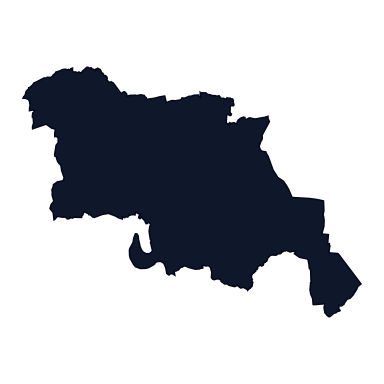 Mueang Nakhon Sawan, Nakhon Sawan, Thailand
{"feature_id": "78962969B39799880183753", "entity_name": "Mueang Nakhon Sawan", "entity_type": "district", "adm_level": 2, "iso_a3": "THA", "parent_name": "Thailand", "parent_adm1": "Nakhon Sawan", "projection": "robinson", "projection_center": [100.093, 15.705], "detail": "fine", "context": "isolated", "style": "filled", "palette": "ink", "viewbox_px": 384, "rotation_deg": 0, "n_neighbors": 0, "source": "geoboundaries", "source_scale": "gbopen_adm2", "svg_char_len": 5879}
<svg xmlns="http://www.w3.org/2000/svg" viewBox="0 0 384 384"><path d="M52.4,76.3L50.4,77.5L47.4,77.2L45.7,78.1L44.1,77.9L35.5,82.4L34.1,82.8L32.5,85.1L31.0,86.3L30.7,87.1L28.7,87.7L28.4,89.1L26.2,91.2L25.0,95.5L23.6,96.8L23.0,98.2L25.5,98.3L28.6,99.5L29.7,102.1L29.7,103.6L30.1,104.6L29.9,106.8L29.6,107.3L29.5,110.7L32.1,110.1L34.9,110.3L34.7,111.1L32.9,112.7L32.4,115.4L32.4,117.2L33.1,117.3L33.6,123.1L32.5,126.5L32.6,128.8L45.5,124.4L46.5,124.4L51.7,128.2L55.3,129.1L54.7,133.7L54.8,136.6L55.7,136.2L56.4,136.8L57.6,136.8L58.1,138.3L58.2,142.5L56.1,145.3L54.6,154.7L55.0,156.3L56.8,157.1L56.6,158.5L57.6,161.4L59.1,163.6L60.2,164.5L61.0,166.0L61.7,170.7L64.1,177.6L63.5,179.9L62.7,180.8L57.4,181.9L53.5,184.6L53.2,186.7L51.9,190.0L52.3,192.2L52.1,194.9L53.7,200.6L53.5,201.6L51.1,204.6L50.0,208.6L53.2,212.5L54.0,219.9L54.7,219.5L57.0,216.7L58.4,216.5L62.4,217.2L65.5,217.1L67.3,218.9L69.1,218.7L70.8,217.7L72.5,218.1L74.4,217.2L81.6,217.5L81.7,216.4L83.0,214.5L84.0,211.5L85.4,212.4L86.5,212.3L86.9,213.2L88.1,213.5L88.6,213.2L88.9,214.7L89.9,214.5L92.7,217.0L94.1,217.5L102.4,214.4L108.5,213.4L115.5,216.0L118.3,217.7L122.2,219.0L122.3,217.1L124.8,217.7L125.4,216.6L127.1,217.1L128.2,216.7L128.3,215.8L128.7,215.1L129.4,215.5L131.0,214.8L134.0,214.6L134.9,215.0L135.6,212.5L136.8,212.2L136.8,212.8L139.7,214.4L139.9,215.0L139.1,215.8L138.6,217.3L139.2,218.3L139.7,218.6L140.5,218.4L140.9,217.3L141.6,216.8L142.5,218.3L145.1,221.1L145.3,222.4L146.1,223.6L147.0,223.7L148.2,222.6L149.3,222.7L150.8,224.8L149.8,226.3L149.1,231.3L150.3,239.4L151.0,240.3L151.0,241.7L150.5,242.2L152.4,250.4L152.2,251.3L151.2,252.4L150.2,253.2L148.8,253.7L146.0,253.7L143.2,252.1L141.7,250.4L140.1,246.7L138.5,239.3L138.1,235.6L136.8,233.8L135.4,233.8L133.7,238.2L133.1,242.4L129.8,248.6L129.4,250.1L129.6,255.6L130.2,258.3L133.8,264.8L135.5,266.7L140.4,268.5L146.2,268.3L148.9,267.4L153.6,264.8L154.9,263.7L154.8,262.9L155.1,262.6L157.3,261.6L160.5,261.3L163.5,263.0L164.8,265.2L165.9,268.3L166.8,273.5L169.0,275.0L170.5,273.7L171.6,273.6L172.6,273.8L174.8,275.2L174.1,271.3L176.7,270.8L177.4,270.1L178.4,270.0L180.5,267.4L182.2,267.1L184.0,266.0L185.8,266.1L188.4,267.4L195.3,269.2L199.6,268.9L200.2,268.4L202.8,268.0L202.8,267.3L202.4,267.1L202.3,265.5L204.6,265.6L205.7,266.0L208.3,265.6L210.4,267.3L211.8,272.4L211.4,277.1L211.6,277.9L212.8,279.3L214.2,279.7L216.9,278.9L219.0,279.0L221.1,280.2L221.1,281.5L224.9,284.1L226.7,283.7L229.1,285.3L234.4,286.6L235.5,286.4L237.1,285.3L240.6,288.0L243.5,287.4L247.5,289.6L247.6,290.3L249.4,288.7L249.4,287.8L250.4,288.1L251.0,286.7L251.3,287.0L252.1,286.2L252.4,284.5L252.2,284.1L252.8,282.4L252.2,282.2L252.0,280.0L252.3,279.5L251.9,279.3L251.9,278.3L251.4,277.7L251.6,275.6L251.3,275.4L251.8,274.4L252.2,274.4L252.4,273.8L254.2,272.6L254.0,272.1L255.1,271.7L255.3,271.0L255.6,271.1L255.7,270.2L256.5,269.4L256.9,269.5L257.8,267.8L257.3,267.0L258.1,266.0L258.7,266.1L259.5,265.1L259.7,265.6L260.6,265.3L261.8,266.1L262.7,265.3L263.3,265.2L263.8,262.8L265.4,262.2L265.7,261.3L266.4,261.4L266.8,261.0L268.1,257.5L269.5,256.4L270.0,255.6L270.7,255.4L270.7,255.0L276.0,255.2L276.3,255.0L276.1,254.8L276.3,254.4L277.2,254.5L277.5,253.9L280.5,253.7L281.7,252.5L281.5,251.4L282.7,251.8L284.5,250.8L285.2,251.0L286.4,250.4L290.2,252.0L292.1,251.4L295.7,251.4L295.5,252.4L294.4,253.7L299.4,257.3L307.4,259.0L308.0,259.6L309.0,264.8L309.2,268.0L310.4,269.7L310.7,270.9L311.0,281.2L311.3,282.5L310.6,282.6L310.0,289.9L310.8,294.3L312.7,298.7L313.1,304.4L313.8,304.7L324.4,303.8L324.6,305.1L324.0,307.4L324.9,312.7L327.5,315.8L329.1,316.8L330.3,316.3L334.2,313.0L335.7,312.9L336.9,311.8L339.8,310.9L340.1,310.3L339.5,310.1L338.9,308.9L338.9,305.4L341.0,306.0L342.5,305.5L342.8,304.7L343.9,304.4L344.3,303.2L347.1,299.2L350.2,298.2L353.6,294.4L354.1,292.6L354.6,292.7L356.7,289.3L357.7,286.6L361.0,283.9L338.5,254.1L337.5,253.5L329.1,252.9L329.1,250.7L329.9,245.7L329.2,245.4L329.4,243.6L327.8,243.7L327.7,243.1L328.4,234.6L321.8,234.0L323.9,226.3L324.1,220.0L323.5,216.1L322.9,216.0L323.9,210.8L323.5,200.9L316.9,199.5L309.6,198.5L292.1,197.5L288.5,189.2L286.3,185.4L283.4,181.2L277.8,177.5L273.0,169.9L268.1,156.3L266.1,153.0L265.8,151.8L262.1,151.3L260.8,150.3L259.7,148.4L259.2,146.1L260.6,141.9L262.0,139.6L262.3,137.8L262.1,135.2L269.4,121.6L268.0,118.6L268.0,116.3L264.8,117.3L255.1,119.0L249.3,117.8L246.1,119.6L245.2,119.3L244.9,117.5L243.4,117.1L241.1,117.9L238.3,119.9L237.1,122.1L236.9,124.2L234.1,122.7L231.0,123.3L229.7,122.7L228.8,123.9L226.8,123.5L226.2,122.4L226.7,115.1L227.6,114.4L230.3,115.6L231.3,114.9L231.4,114.0L230.4,113.0L230.0,112.0L230.2,106.8L230.9,105.6L233.4,105.8L234.0,104.9L233.2,102.0L233.4,100.6L232.5,98.9L230.3,98.7L230.0,98.0L229.4,98.4L227.0,97.8L225.8,99.3L223.4,98.2L221.9,98.7L221.5,98.2L220.2,97.9L220.1,97.0L219.0,95.7L217.1,96.2L214.8,95.6L212.5,95.6L209.4,94.6L207.7,94.5L206.1,93.0L205.1,92.8L200.9,92.8L200.2,92.3L200.7,97.3L199.8,97.0L199.8,96.6L198.7,96.5L198.6,95.0L194.1,95.2L191.1,96.2L189.2,96.2L184.9,98.1L182.0,97.9L181.2,99.5L179.9,100.0L175.7,100.7L171.4,100.6L171.1,101.0L170.3,101.0L166.3,102.6L164.7,96.0L159.0,97.0L155.2,98.1L147.1,99.3L146.4,99.1L146.6,98.6L146.2,97.6L144.6,96.5L144.4,95.5L140.9,94.8L136.4,95.6L135.5,95.2L129.6,95.4L127.0,96.2L126.6,93.8L124.8,91.9L123.6,91.8L121.1,93.6L113.4,83.1L111.1,81.7L109.9,82.7L109.1,82.8L108.8,81.6L107.9,81.3L106.8,79.5L107.3,78.4L106.7,76.7L105.7,75.7L103.5,75.1L103.0,73.4L101.7,72.7L100.3,69.6L98.8,68.8L97.9,69.0L97.7,68.3L96.7,68.8L96.8,69.8L95.5,69.3L95.0,70.5L94.4,70.7L93.7,69.3L92.5,69.2L91.2,67.8L90.8,67.8L90.6,68.5L90.2,68.6L88.3,67.4L86.9,67.2L82.3,71.3L81.2,73.2L80.5,72.7L80.2,73.0L78.9,71.9L77.1,72.8L75.9,72.3L75.8,71.9L73.3,72.0L72.5,71.0L72.5,68.1L70.9,68.6L70.4,69.8L68.4,69.4L67.8,69.9L65.6,69.2L63.5,69.4L61.8,69.7L60.5,70.7L55.8,72.1L55.0,73.7L53.3,74.7L52.4,76.3Z" fill="#0f172a" stroke="#020617" stroke-width="1.5"/></svg>